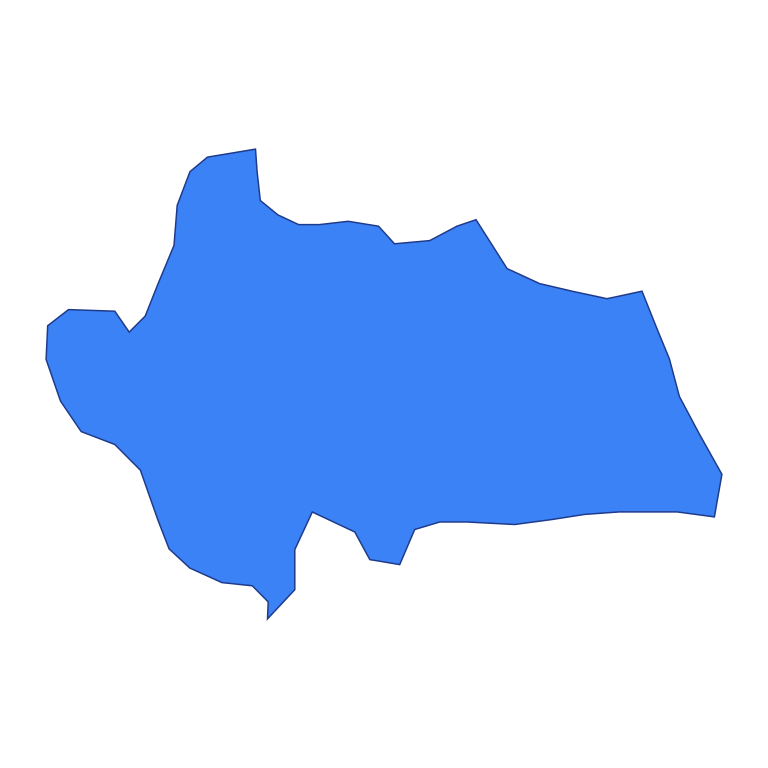 outline of Petra tou Digeni, Cyprus
{"feature_id": "46923920B30542922336508", "entity_name": "Petra tou Digeni", "entity_type": "district", "adm_level": 2, "iso_a3": "CYP", "parent_name": "Cyprus", "parent_adm1": "", "projection": "orthographic", "projection_center": [33.551, 35.238], "detail": "fine", "context": "isolated", "style": "filled", "palette": "blue", "viewbox_px": 768, "rotation_deg": 0, "n_neighbors": 0, "source": "geoboundaries", "source_scale": "gbopen_adm2", "svg_char_len": 847}
<svg xmlns="http://www.w3.org/2000/svg" viewBox="0 0 768 768"><path d="M114.8,311.2L68.5,309.6L47.7,325.7L46.1,359.4L60.5,401.1L81.2,431.6L114.8,444.5L140.4,470.2L157.9,520.0L169.1,548.9L189.9,568.1L221.9,582.6L252.3,585.8L268.2,601.9L267.5,618.9L294.8,589.7L294.8,549.6L312.3,512.0L354.8,532.0L369.8,559.6L399.7,564.6L414.7,529.5L439.7,522.0L467.2,522.0L514.6,524.5L552.1,519.5L584.6,514.4L619.5,511.9L677.0,511.9L714.4,516.9L721.9,474.3L699.4,434.1L679.4,396.5L669.4,358.9L657.0,328.8L642.0,291.2L607.0,298.7L572.0,291.2L539.6,283.6L507.1,268.6L476.0,219.7L456.9,226.2L429.7,240.6L394.5,243.8L378.5,226.2L348.2,221.3L319.4,224.6L298.6,224.6L277.9,214.9L260.3,200.5L257.1,171.6L255.5,149.1L207.5,157.1L190.0,171.6L177.2,205.3L174.0,245.4L158.0,283.9L145.2,316.1L129.2,332.1L114.8,311.2Z" fill="#3b82f6" stroke="#1e3a8a" stroke-width="1.5"/></svg>